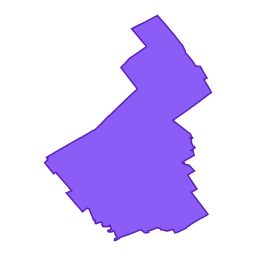 Tatarastii De Jos, Teleorman, Romania
{"feature_id": "2599482B17440364011234", "entity_name": "Tatarastii De Jos", "entity_type": "district", "adm_level": 2, "iso_a3": "ROU", "parent_name": "Romania", "parent_adm1": "Teleorman", "projection": "equal_earth", "projection_center": [25.181, 44.381], "detail": "fine", "context": "isolated", "style": "filled", "palette": "violet", "viewbox_px": 256, "rotation_deg": 0, "n_neighbors": 0, "source": "geoboundaries", "source_scale": "gbopen_adm2", "svg_char_len": 5556}
<svg xmlns="http://www.w3.org/2000/svg" viewBox="0 0 256 256"><path d="M208.0,214.4L205.1,210.3L203.3,208.1L202.0,206.3L200.9,204.9L199.4,202.9L197.2,200.0L196.5,199.0L195.1,197.3L192.1,193.3L191.3,192.3L197.0,189.0L196.2,187.9L193.8,184.2L192.9,182.9L190.2,178.8L188.9,176.9L188.3,176.0L187.6,175.1L194.5,170.9L190.4,166.7L189.1,165.2L188.8,165.4L188.3,165.6L188.2,165.3L187.9,165.3L187.9,165.1L187.6,164.9L186.6,164.7L185.5,164.6L185.1,164.4L184.7,164.0L184.6,163.9L184.5,163.7L184.6,163.4L184.3,162.9L182.9,163.7L182.0,162.5L183.5,161.5L183.9,161.2L190.4,157.5L192.8,156.0L193.2,155.8L193.8,155.6L194.2,155.4L193.3,152.1L193.1,151.0L193.1,150.5L192.0,150.6L191.4,150.5L190.9,150.2L194.5,148.1L195.0,147.7L194.7,147.5L194.3,146.9L194.1,146.7L193.7,146.3L192.6,145.6L192.4,144.8L192.3,144.3L192.3,144.2L192.0,143.9L191.6,143.6L191.3,143.2L191.2,142.9L191.3,142.5L191.6,141.9L191.6,141.7L191.6,141.4L191.5,141.0L191.2,140.3L191.2,140.1L191.4,139.6L191.4,139.4L190.9,138.9L190.6,138.6L190.0,138.3L189.9,138.1L192.5,138.1L190.5,134.4L190.2,133.8L190.0,133.7L172.8,120.4L173.8,119.7L174.0,119.5L174.2,119.4L176.3,117.9L185.6,111.5L190.8,107.7L191.8,106.8L192.1,106.7L192.3,106.5L193.2,106.0L203.8,98.0L207.2,95.5L209.3,93.9L211.0,92.7L211.4,92.6L210.1,90.2L207.8,85.9L206.9,84.4L206.7,84.5L204.0,79.6L207.0,78.1L205.5,75.5L204.5,73.9L200.4,66.4L195.6,66.0L194.2,63.7L192.4,60.9L188.8,56.6L186.7,53.9L186.1,53.7L185.3,52.6L185.2,52.0L185.2,51.4L185.0,50.7L184.3,49.1L183.1,46.5L182.3,45.1L181.5,44.3L176.5,38.0L174.3,35.1L167.7,27.3L167.7,27.2L164.6,23.6L163.2,22.0L162.9,21.8L161.7,20.4L160.0,18.4L158.4,16.5L157.5,15.4L157.1,15.7L156.3,16.2L155.3,16.6L153.7,17.6L151.8,18.5L150.4,19.2L145.4,21.9L140.7,24.2L138.8,25.0L135.6,26.7L131.6,28.7L133.3,30.9L134.9,32.6L139.0,37.5L141.7,40.9L145.2,44.9L146.5,46.3L146.4,46.6L146.3,46.8L145.9,47.1L144.5,48.0L142.0,49.8L139.8,51.3L130.5,57.7L129.5,58.5L128.6,59.3L126.5,61.8L123.1,65.3L121.8,66.5L121.7,66.7L121.2,67.2L121.0,67.6L122.0,68.8L122.6,69.8L123.0,70.3L124.1,71.8L126.1,74.3L127.0,75.5L131.6,81.5L133.7,84.2L135.5,86.5L136.2,87.3L137.3,89.0L125.9,99.6L122.4,103.1L119.6,105.7L114.9,110.3L112.7,112.3L112.6,112.6L112.4,112.7L111.4,113.8L111.2,113.9L109.7,115.4L109.5,115.5L109.3,115.5L107.3,117.3L104.6,120.2L104.5,120.4L101.7,123.1L101.6,123.3L101.2,123.8L101.1,124.1L101.0,124.3L100.5,124.4L96.0,128.8L95.4,129.4L94.4,130.0L93.9,130.3L92.9,130.6L92.6,130.8L91.5,131.4L91.4,131.5L90.2,132.3L88.0,133.5L85.6,135.0L84.9,135.3L83.9,136.0L83.3,136.1L82.9,136.6L82.8,136.8L82.5,137.0L81.7,137.4L81.2,137.4L80.9,137.5L80.2,138.0L79.9,138.0L79.0,138.6L74.8,140.9L73.3,141.8L71.7,142.7L66.7,145.6L65.4,146.4L63.9,147.2L62.3,148.1L62.3,148.3L62.2,148.4L60.8,149.2L60.7,149.0L58.5,150.3L46.5,157.4L46.9,158.0L47.6,157.7L47.8,158.3L47.8,158.8L47.6,159.2L47.5,159.8L47.1,160.1L47.3,160.3L44.6,162.7L48.7,167.7L49.7,169.0L53.6,173.8L55.0,172.8L55.7,172.4L59.6,176.8L60.2,177.6L61.1,178.7L65.2,183.2L71.7,190.8L66.3,192.9L73.0,200.7L73.5,201.4L74.3,202.2L76.6,205.0L77.2,205.5L82.6,211.9L84.3,210.4L84.5,210.2L85.1,209.6L86.8,208.3L86.9,208.2L87.1,208.3L88.8,208.9L89.0,209.0L89.3,209.3L89.5,209.8L89.8,210.7L90.3,211.7L91.0,213.7L91.3,214.4L91.5,215.1L91.7,215.3L92.1,216.3L92.6,217.3L92.8,218.1L92.9,218.3L93.3,218.6L93.3,219.0L93.3,219.4L93.4,219.9L93.6,220.0L93.9,220.2L94.1,220.4L95.0,220.5L95.2,221.2L95.0,221.4L95.0,221.5L95.2,221.9L95.2,222.1L95.1,222.5L95.3,222.8L95.2,223.1L95.4,223.4L95.8,223.7L96.6,223.6L97.3,223.2L97.6,223.1L97.8,222.9L98.4,222.9L98.6,222.7L99.3,222.6L99.5,222.7L99.8,222.6L100.1,222.3L100.6,222.1L101.0,222.2L101.2,222.3L101.6,222.2L102.0,222.5L102.3,222.9L102.4,223.1L102.0,223.6L102.1,224.1L101.8,224.6L102.2,225.0L102.5,225.2L102.6,225.4L102.6,225.7L102.6,225.8L103.0,225.8L103.0,226.0L102.8,226.2L102.8,226.4L103.2,226.6L103.5,226.6L103.8,226.8L104.3,226.7L104.5,226.6L104.9,226.5L105.3,226.7L105.8,226.5L106.1,226.3L106.8,226.5L107.0,226.7L107.3,226.7L108.2,226.4L108.7,226.0L108.8,226.1L108.9,226.3L109.0,226.4L109.5,225.7L109.6,225.2L109.8,225.2L110.0,225.5L110.6,226.2L110.6,226.6L110.5,226.8L110.5,227.0L110.9,227.2L110.9,227.3L111.0,228.0L111.0,228.3L111.0,228.5L110.9,229.1L110.9,229.4L110.7,229.7L110.5,229.9L110.2,229.9L109.6,229.8L109.4,230.0L109.2,230.1L109.4,230.5L108.9,230.3L108.7,230.3L108.3,230.4L107.8,230.4L107.7,230.5L107.9,231.0L108.3,231.2L108.3,231.6L109.0,231.9L109.6,232.0L110.0,231.9L110.4,232.0L111.1,232.0L111.5,231.9L112.1,231.8L112.7,231.4L112.8,231.2L112.8,230.9L113.0,230.8L113.8,230.8L113.9,231.0L114.3,231.1L114.6,231.6L114.6,232.1L114.6,232.3L114.7,232.5L115.0,233.1L115.0,233.5L115.3,233.6L115.4,233.9L115.3,234.2L115.3,234.6L115.6,235.1L115.9,235.4L116.3,235.9L116.4,236.1L116.5,236.7L116.7,237.4L116.7,237.6L116.1,238.1L115.8,238.2L115.1,238.5L114.8,238.8L114.4,240.2L114.4,240.3L114.5,240.5L115.0,240.6L115.3,240.6L115.8,240.3L116.3,239.9L116.9,239.7L117.3,239.7L117.9,239.3L118.3,238.7L119.2,238.5L119.4,238.3L119.5,238.1L119.5,237.6L119.9,237.5L120.6,237.3L123.2,236.3L128.7,234.5L135.0,232.0L138.2,230.7L140.9,229.6L142.3,230.9L143.6,231.9L144.2,232.4L144.3,232.4L144.5,232.4L145.3,232.8L146.0,233.0L147.3,232.5L148.5,232.3L148.3,232.0L147.9,231.3L153.0,229.5L153.5,229.2L157.6,227.5L158.3,228.2L160.1,228.2L160.6,229.6L164.7,230.4L164.7,230.5L166.8,231.0L167.3,231.0L173.3,229.3L174.0,231.2L174.7,232.8L177.1,232.3L178.5,231.8L181.4,230.4L185.3,228.5L186.7,227.5L187.0,227.1L187.2,226.9L188.8,225.9L190.9,224.3L195.0,221.7L196.4,220.9L198.5,219.7L200.7,218.4L204.6,216.4L208.0,214.4Z" fill="#8b5cf6" stroke="#5b21b6" stroke-width="1.5"/></svg>